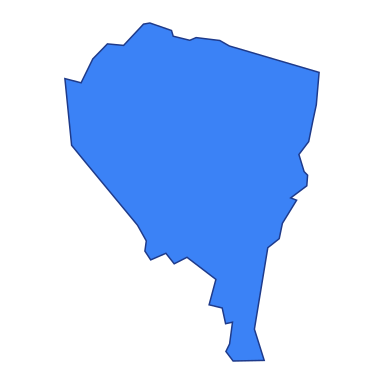 the district of Lewis, West Virginia, United States of America
{"feature_id": "52423323B98686556304420", "entity_name": "Lewis", "entity_type": "district", "adm_level": 2, "iso_a3": "USA", "parent_name": "United States of America", "parent_adm1": "West Virginia", "projection": "albers", "projection_center": [-80.482, 38.948], "detail": "fine", "context": "isolated", "style": "filled", "palette": "blue", "viewbox_px": 384, "rotation_deg": 0, "n_neighbors": 0, "source": "geoboundaries", "source_scale": "gbopen_adm2", "svg_char_len": 677}
<svg xmlns="http://www.w3.org/2000/svg" viewBox="0 0 384 384"><path d="M264.2,360.4L254.4,329.2L260.1,294.4L267.8,247.7L279.2,238.7L282.4,223.3L296.6,200.2L290.7,197.9L306.8,185.8L307.6,175.2L304.1,171.6L298.9,154.5L308.7,141.6L312.8,121.1L316.3,104.8L319.1,72.4L229.4,46.0L219.8,40.5L196.1,37.6L189.8,40.3L173.2,36.2L171.5,30.5L149.9,23.0L143.5,24.1L123.6,45.4L107.4,43.9L92.8,58.9L81.1,82.8L64.9,78.6L71.6,145.3L85.5,162.3L137.5,225.2L146.3,240.9L144.9,251.1L150.7,259.9L165.9,253.3L174.2,263.8L187.0,257.3L215.9,279.4L209.1,304.8L222.2,308.0L225.6,323.7L232.5,322.2L229.6,343.9L225.9,351.5L233.1,361.0L264.2,360.4Z" fill="#3b82f6" stroke="#1e3a8a" stroke-width="1.5"/></svg>